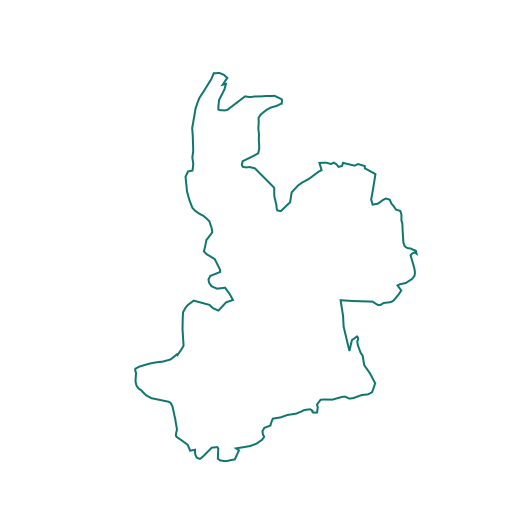 Birkat Al-Sab, Al Gharbiyah, Egypt (Albers equal-area conic projection), rotated 252°
{"feature_id": "37247803B30511282692114", "entity_name": "Birkat Al-Sab", "entity_type": "district", "adm_level": 2, "iso_a3": "EGY", "parent_name": "Egypt", "parent_adm1": "Al Gharbiyah", "projection": "albers", "projection_center": [31.097, 30.651], "detail": "fine", "context": "isolated", "style": "outline", "palette": "teal", "viewbox_px": 512, "rotation_deg": 252, "n_neighbors": 0, "source": "geoboundaries", "source_scale": "gbopen_adm2", "svg_char_len": 4348}
<svg xmlns="http://www.w3.org/2000/svg" viewBox="0 0 512 512"><g transform="rotate(252 256 256)"><path d="M353.2,213.5L338.6,210.3L330.1,210.0L329.3,210.0L328.3,210.0L321.3,210.4L317.5,212.3L313.6,215.3L313.0,215.9L310.3,218.5L306.9,220.5L303.5,222.4L295.6,222.4L292.0,221.7L286.5,213.8L280.2,210.2L279.5,209.8L276.4,207.9L273.1,209.5L265.8,215.8L258.0,217.0L256.3,217.3L253.7,217.5L251.9,217.0L251.6,213.1L251.5,211.0L251.3,208.3L251.2,206.3L250.3,205.5L248.3,203.5L246.1,203.3L244.7,203.2L241.0,204.3L237.0,208.8L236.1,213.1L235.4,216.8L228.3,219.1L227.3,219.3L221.3,220.5L221.2,213.3L215.7,203.4L218.5,200.3L219.9,198.8L223.9,196.6L232.8,183.0L231.0,177.6L230.7,176.5L229.5,174.5L228.6,173.0L225.1,169.3L220.6,167.5L209.1,163.5L193.1,159.4L190.3,156.3L186.0,150.7L186.9,150.4L184.0,142.7L184.4,134.3L185.2,131.0L186.0,126.1L186.5,122.0L186.7,117.1L186.8,112.3L186.9,111.3L186.1,106.4L184.6,105.8L181.3,105.7L179.0,104.6L177.4,104.0L174.9,103.0L174.2,102.7L170.2,102.3L168.8,102.5L166.1,103.5L163.2,105.7L162.4,105.9L160.8,106.7L157.5,108.4L154.7,111.1L153.8,111.9L153.0,112.7L151.5,115.4L147.2,122.9L144.6,127.5L142.8,129.4L139.0,130.1L130.8,129.3L129.6,129.1L127.8,129.0L125.4,128.8L124.1,128.5L118.7,127.7L115.8,127.3L114.9,127.0L112.5,125.4L109.8,124.3L108.5,124.6L107.8,125.1L103.4,128.5L102.4,129.2L97.5,132.7L91.2,133.2L90.6,138.1L86.4,136.9L82.6,137.3L80.3,140.0L81.8,143.8L87.4,154.7L86.2,160.1L84.6,160.6L75.0,157.1L73.0,158.5L72.8,158.6L70.5,162.9L69.8,166.1L69.8,168.2L69.1,173.0L76.4,179.7L79.2,177.6L78.0,185.3L77.1,191.6L77.4,198.6L78.4,201.8L79.4,205.1L81.5,207.9L84.2,207.4L87.4,208.0L90.0,210.8L90.3,217.3L93.5,219.5L96.1,221.7L95.2,227.7L94.9,229.5L95.1,236.8L94.4,241.1L93.7,245.4L93.9,248.6L94.1,251.3L94.6,254.0L93.9,258.3L93.3,260.4L91.3,261.9L90.6,261.4L89.5,261.9L88.7,264.2L88.3,265.7L93.0,268.0L95.7,268.0L97.8,270.8L99.3,273.0L98.7,275.7L95.8,284.2L95.7,285.7L95.6,290.1L95.5,291.3L95.4,294.4L94.8,297.1L91.5,300.8L90.8,304.5L91.1,313.7L90.4,316.9L89.8,319.6L90.3,322.8L90.7,324.4L93.0,326.2L98.1,330.0L108.9,328.2L116.5,325.9L118.7,325.2L128.4,326.6L131.6,325.6L139.7,325.3L143.5,325.9L145.6,327.6L147.2,327.7L148.3,327.2L146.3,321.2L138.9,316.7L136.8,315.5L161.7,317.5L172.1,320.3L175.3,320.8L187.8,322.8L183.3,334.1L176.6,352.7L171.6,356.9L171.0,359.6L171.9,362.8L170.7,368.7L170.6,370.9L171.1,373.0L175.2,379.6L178.3,383.5L184.3,381.5L184.7,384.2L184.0,390.1L185.5,395.7L185.9,397.2L188.0,400.5L190.1,401.6L191.7,402.2L195.5,402.8L201.4,403.0L205.1,403.1L206.8,403.1L207.8,403.2L208.9,403.2L209.9,404.8L210.4,408.1L208.6,409.4L211.4,409.7L212.0,409.2L213.6,407.1L215.3,405.5L216.5,402.9L217.0,402.3L218.1,401.3L219.8,400.3L223.5,400.4L235.3,403.4L236.9,403.9L241.7,405.2L244.9,405.3L250.3,407.1L254.0,407.2L255.1,406.1L256.8,403.5L261.7,402.0L263.9,401.0L268.2,400.6L270.5,397.4L270.1,394.2L268.1,388.2L268.8,382.8L270.9,382.9L274.2,383.0L278.4,385.3L282.6,387.5L285.8,389.2L297.0,394.9L305.8,386.6L308.0,387.2L311.9,381.4L311.5,377.6L317.7,367.5L315.1,365.8L315.2,362.1L316.3,361.6L317.9,361.1L320.7,359.0L320.3,355.8L323.1,351.5L324.6,346.2L324.9,345.1L317.4,344.9L316.9,341.7L315.4,337.3L313.0,330.3L311.6,322.7L310.1,317.8L305.5,309.6L296.5,305.0L295.0,301.7L291.0,293.5L292.1,291.5L292.7,290.4L295.4,290.4L298.0,291.1L306.6,291.8L309.3,292.5L314.6,294.2L315.7,294.2L339.8,282.0L342.6,277.3L343.3,274.0L345.0,270.9L347.1,270.7L350.3,272.6L352.1,285.6L353.0,289.9L357.2,292.2L359.9,293.1L361.0,293.4L365.8,294.6L370.6,296.4L376.5,297.6L379.8,298.9L382.3,299.9L386.6,301.1L389.2,304.4L391.7,311.0L392.6,315.8L392.4,322.3L393.1,326.8L392.9,327.5L395.9,328.8L397.0,328.9L399.2,326.8L402.6,323.1L403.8,318.8L405.0,315.1L406.2,310.3L408.0,304.4L408.3,303.0L408.9,299.5L409.7,297.9L411.2,294.9L410.8,293.8L403.9,274.1L404.0,272.8L404.1,271.3L405.5,267.7L405.8,267.0L406.9,265.5L410.9,266.8L411.6,267.3L415.7,269.0L424.1,277.4L425.3,278.2L429.0,280.6L429.1,278.4L429.2,277.2L431.8,280.6L432.4,281.2L433.7,283.1L434.2,283.7L438.3,281.4L441.4,277.7L442.6,273.1L442.9,272.4L437.9,268.0L434.5,263.9L429.3,257.8L425.3,252.8L423.8,251.0L420.2,248.0L415.0,244.1L408.6,240.8L406.4,239.6L402.0,237.3L399.4,235.9L397.4,234.8L390.2,233.1L382.7,230.9L376.1,229.0L375.2,228.7L370.4,226.4L369.8,226.0L363.0,224.8L359.6,223.3L356.9,222.0L357.4,217.5L356.8,216.9L353.2,213.5Z" fill="none" stroke="#0f766e" stroke-width="2"/></g></svg>